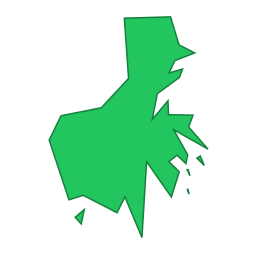 SVG path tracing the border of Hwanghae-namdo, rotated 268°
{"feature_id": "PRK-3304", "entity_name": "Hwanghae-namdo", "entity_type": "Province", "adm_level": 1, "iso_a3": "PRK", "parent_name": "North Korea", "parent_adm1": "", "projection": "robinson", "projection_center": [125.529, 38.191], "detail": "coarse", "context": "isolated", "style": "filled", "palette": "green", "viewbox_px": 256, "rotation_deg": 268, "n_neighbors": 0, "source": "natural_earth", "source_scale": "10m", "svg_char_len": 727}
<svg xmlns="http://www.w3.org/2000/svg" viewBox="0 0 256 256"><g transform="rotate(268 128 128)"><path d="M237.6,174.4L209.3,181.9L200.7,197.2L193.8,177.3L181.6,170.9L185.0,184.6L176.8,181.2L161.3,158.5L135.7,152.5L153.8,168.9L139.9,168.9L138.6,193.4L126.9,188.7L104.1,207.2L124.7,173.6L99.1,186.7L90.4,184.6L99.1,176.1L93.0,167.7L82.4,177.7L57.5,168.9L93.7,145.4L18.1,138.1L59.3,122.5L43.7,114.1L62.3,80.9L58.3,66.5L118.7,48.8L142.6,61.5L149.2,102.1L177.5,130.3L237.9,128.2L237.6,174.4ZM40.6,72.1L48.1,81.5L33.8,77.9L40.6,72.1ZM95.4,195.9L97.5,199.2L88.0,202.9L95.4,195.9ZM84.2,186.7L78.0,188.2L84.3,185.7L84.2,186.7ZM63.7,185.2L65.3,185.5L59.8,186.8L63.7,185.2Z" fill="#22c55e" stroke="#15803d" stroke-width="1.5"/></g></svg>